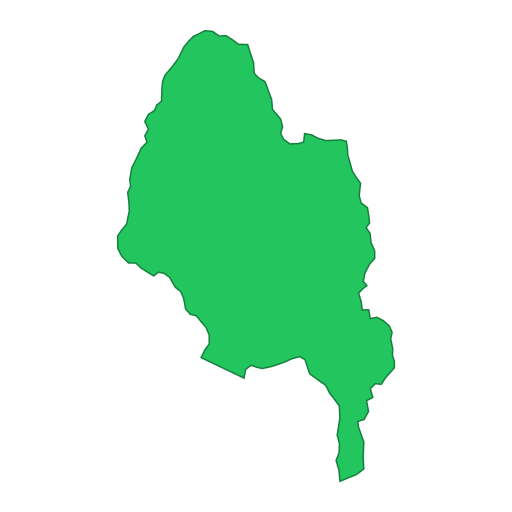 Ipeúna, São Paulo, Brazil
{"feature_id": "56859067B44866208226492", "entity_name": "Ipeúna", "entity_type": "district", "adm_level": 2, "iso_a3": "BRA", "parent_name": "Brazil", "parent_adm1": "São Paulo", "projection": "natural_earth1", "projection_center": [-47.707, -22.435], "detail": "fine", "context": "isolated", "style": "filled", "palette": "green", "viewbox_px": 512, "rotation_deg": 0, "n_neighbors": 0, "source": "geoboundaries", "source_scale": "gbopen_adm2", "svg_char_len": 2005}
<svg xmlns="http://www.w3.org/2000/svg" viewBox="0 0 512 512"><path d="M340.0,481.3L348.3,477.8L356.1,474.7L363.8,469.0L363.2,457.6L363.8,442.0L361.3,435.0L358.6,427.4L357.7,421.5L364.1,419.4L368.5,411.5L366.6,400.7L372.8,397.4L370.3,388.7L375.3,383.7L381.3,384.3L385.7,377.5L389.4,373.5L394.4,367.8L394.4,361.3L392.5,355.6L392.7,348.6L390.7,338.8L392.1,332.5L389.3,325.9L383.3,320.6L376.9,317.3L370.2,318.6L368.8,309.9L362.2,309.9L361.3,302.0L358.6,293.2L362.7,288.8L366.9,285.6L363.3,281.5L364.9,273.2L369.6,264.1L374.7,258.4L374.7,251.0L371.0,242.5L370.2,233.6L366.1,227.6L369.6,222.9L368.8,216.0L367.5,207.7L361.0,202.8L359.2,195.5L360.5,183.2L356.0,177.0L352.4,171.4L350.2,163.4L347.8,155.1L347.3,147.5L346.3,141.3L341.1,139.9L333.1,140.3L325.8,140.6L317.8,138.2L311.9,135.0L304.6,133.6L303.7,142.0L298.6,143.6L289.9,143.9L283.6,139.3L280.6,133.3L282.6,126.8L280.6,119.0L272.5,109.5L271.6,99.3L268.4,90.9L265.0,81.6L258.7,78.0L254.2,73.4L253.6,62.8L250.3,52.9L247.7,44.6L238.6,44.3L232.8,40.0L226.1,35.7L219.2,36.0L212.6,31.4L204.8,30.7L199.8,33.4L193.3,36.4L187.8,42.1L183.9,47.0L178.2,58.6L172.9,65.8L165.1,75.1L162.6,81.6L162.0,88.0L161.5,101.2L156.7,105.1L154.5,110.5L148.4,114.4L144.8,121.5L148.4,129.1L144.8,135.9L147.0,142.2L141.2,148.2L136.5,158.5L131.8,167.8L129.8,179.0L130.6,186.6L127.7,192.2L129.0,203.1L129.3,211.1L127.9,217.6L126.7,224.0L121.0,230.9L117.6,236.2L117.8,248.5L121.8,256.3L128.6,263.0L135.7,263.0L140.9,267.9L146.5,271.5L153.7,275.9L158.4,272.2L164.0,273.3L169.5,277.2L175.4,287.4L180.7,291.5L183.7,298.5L185.6,309.0L190.1,314.2L196.5,315.9L201.2,321.8L206.1,327.5L209.2,335.1L209.2,344.0L204.8,350.0L201.1,357.6L244.0,378.1L245.6,369.5L250.9,365.3L256.6,367.2L262.2,368.5L271.6,366.5L277.3,364.6L284.2,362.2L292.0,358.7L299.7,356.6L305.0,359.6L309.7,373.8L318.3,380.1L325.8,385.4L329.9,393.6L334.2,398.9L339.3,406.0L339.9,417.5L338.9,424.4L337.2,435.1L339.4,443.6L339.1,452.7L336.1,460.5L338.9,470.1L340.0,481.3Z" fill="#22c55e" stroke="#15803d" stroke-width="1.5"/></svg>